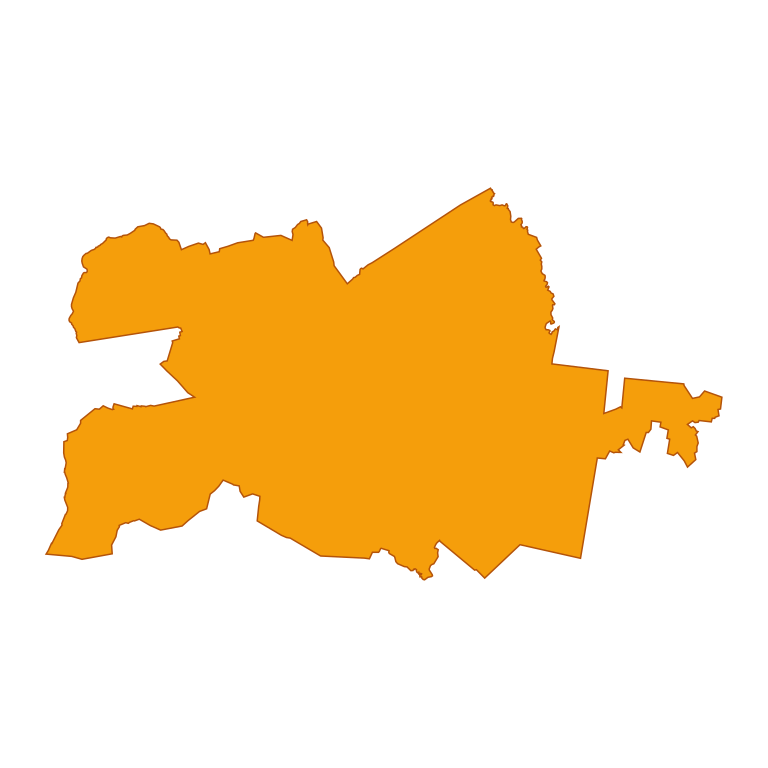 the district of Jaunalūksnes pag., Aluksne, Latvia
{"feature_id": "27541924B87199859913454", "entity_name": "Jaunalūksnes pag.", "entity_type": "district", "adm_level": 2, "iso_a3": "LVA", "parent_name": "Latvia", "parent_adm1": "Aluksne", "projection": "mercator", "projection_center": [27.197, 57.424], "detail": "fine", "context": "isolated", "style": "filled", "palette": "amber", "viewbox_px": 768, "rotation_deg": 0, "n_neighbors": 0, "source": "geoboundaries", "source_scale": "gbopen_adm2", "svg_char_len": 6043}
<svg xmlns="http://www.w3.org/2000/svg" viewBox="0 0 768 768"><path d="M721.9,397.2L704.6,391.0L699.5,396.9L692.5,398.4L684.1,385.6L683.8,383.9L624.7,378.2L621.8,407.9L620.5,406.8L615.7,409.2L603.8,413.5L608.1,370.8L551.9,363.9L552.5,358.2L554.1,351.8L559.0,326.7L557.8,327.5L557.7,329.9L555.6,328.9L555.1,329.2L554.1,330.8L552.1,332.0L551.9,333.1L551.0,334.4L549.2,333.2L549.1,332.5L549.9,331.3L549.9,330.5L548.3,329.8L546.1,329.7L545.2,328.0L545.1,327.2L546.0,324.2L546.8,323.2L550.1,321.0L550.7,321.4L550.7,323.8L551.4,324.0L553.8,323.0L554.3,322.3L554.3,321.5L552.3,319.7L552.7,318.0L551.0,314.7L550.9,312.2L552.2,310.3L552.9,308.6L552.5,305.4L552.7,304.8L554.4,304.7L554.9,303.8L551.9,299.7L551.9,298.7L553.9,296.3L553.1,293.9L551.1,293.0L550.2,291.4L547.7,290.1L549.0,286.9L548.2,286.2L547.2,287.0L546.0,287.2L545.6,286.3L547.2,284.1L547.5,282.7L546.6,281.7L544.1,281.0L544.0,280.4L544.9,279.0L545.2,277.0L545.0,275.4L542.2,273.6L540.9,271.0L541.8,269.0L541.8,266.4L541.3,264.0L541.8,261.9L540.3,260.1L541.5,258.3L536.2,249.2L538.8,247.0L540.8,245.9L537.4,240.1L536.6,237.4L528.3,234.3L527.5,231.7L527.7,230.1L527.0,229.5L527.5,227.3L527.1,226.8L526.1,226.7L524.4,228.3L523.5,228.5L522.6,227.1L521.5,226.9L521.5,225.6L520.9,224.8L522.2,222.9L522.2,221.1L521.5,220.0L521.7,218.6L521.4,218.3L518.3,218.4L514.3,222.0L513.1,222.5L511.3,222.0L510.5,219.6L510.8,216.3L510.1,211.6L508.5,209.5L508.3,208.6L507.3,208.4L507.8,205.9L506.7,203.8L506.2,203.9L505.2,205.7L504.3,205.8L502.1,204.9L499.8,205.6L496.0,204.9L494.4,205.6L493.1,204.8L493.2,202.8L492.7,202.1L490.6,201.5L490.3,200.9L491.6,199.2L491.1,199.0L492.0,198.1L491.7,197.2L493.4,196.4L493.3,195.8L493.8,195.7L494.0,194.2L494.5,193.7L493.6,193.1L493.4,192.2L492.7,191.8L492.2,189.9L491.6,190.0L490.5,188.2L460.4,205.0L394.5,248.4L372.2,262.7L368.1,264.8L363.0,268.9L361.7,268.2L360.9,268.5L360.1,269.4L359.6,274.4L357.3,275.4L355.2,277.3L353.6,277.6L352.7,279.0L347.3,283.8L334.1,265.7L333.7,262.0L329.2,247.6L322.8,240.1L323.1,237.8L321.5,228.1L316.6,221.5L308.1,224.1L307.8,224.7L307.6,223.9L307.7,221.8L306.6,219.8L300.8,221.5L299.3,223.5L297.6,224.5L295.3,227.5L292.6,229.2L292.2,231.5L293.0,234.6L292.1,240.4L280.9,235.4L263.5,237.3L255.6,232.9L255.1,233.5L254.0,238.4L253.2,240.3L237.6,242.8L227.9,246.3L219.7,248.7L219.3,251.7L210.1,253.9L209.1,249.5L205.4,242.7L203.1,244.4L198.4,243.1L188.8,246.4L181.4,249.7L178.9,242.3L177.0,240.2L171.1,239.9L169.5,238.9L168.7,237.3L167.3,235.9L166.7,234.0L165.8,233.3L164.0,230.6L162.9,229.5L160.9,229.1L160.3,227.5L159.3,226.7L153.4,223.9L149.2,223.3L144.5,225.6L137.8,226.8L135.1,229.3L134.8,230.3L130.2,233.4L127.2,235.0L123.2,235.4L122.0,236.1L121.7,236.9L120.4,236.5L115.2,238.1L110.3,237.8L108.8,237.1L107.4,237.6L106.4,238.6L106.2,239.9L102.5,243.5L100.5,244.6L100.3,245.2L98.2,246.2L97.6,247.1L95.9,247.4L95.6,248.3L94.2,249.4L91.3,250.4L87.3,253.3L86.1,253.4L84.0,255.2L82.8,256.6L82.1,258.6L81.8,261.0L82.2,263.2L83.5,266.9L86.8,269.0L87.2,269.9L87.2,271.5L86.5,272.5L84.1,272.6L83.4,273.1L81.9,275.6L81.5,277.9L80.4,278.6L80.0,280.9L78.0,283.1L75.8,292.3L73.4,297.8L71.5,304.4L71.5,306.6L72.1,308.7L73.5,311.2L72.3,313.7L70.8,315.5L69.2,318.4L69.0,320.1L69.6,321.7L71.6,323.1L71.7,324.2L73.1,325.8L73.5,327.3L74.8,328.6L75.8,331.4L76.6,332.2L76.2,333.3L76.8,335.4L76.4,337.7L79.1,342.6L177.8,327.0L179.2,327.9L180.7,328.1L182.1,331.5L179.8,332.2L180.4,335.6L178.8,336.1L179.4,338.8L172.2,341.0L172.7,342.7L167.2,360.9L163.8,361.4L160.2,364.1L167.1,371.2L177.5,380.9L187.8,392.7L194.6,397.2L154.1,406.1L150.6,405.4L145.7,406.7L145.1,406.3L141.2,405.9L141.0,406.7L137.0,405.6L136.9,406.4L133.2,406.2L132.4,408.9L114.1,403.8L113.0,407.1L113.0,408.5L113.6,409.2L112.3,409.6L107.9,408.1L103.2,405.8L99.3,409.2L95.0,408.7L80.6,420.4L80.6,423.3L76.7,429.8L67.4,433.8L67.7,437.5L67.3,440.5L63.9,441.7L63.7,452.9L64.4,457.1L65.6,460.0L66.2,462.8L65.1,468.8L64.7,468.7L64.4,471.9L64.6,471.8L65.3,474.5L66.7,477.8L68.3,483.1L67.9,483.3L67.8,486.9L67.5,488.0L65.4,493.2L65.8,493.4L65.1,495.1L64.8,497.3L64.3,497.3L64.8,500.0L67.7,507.4L67.6,510.7L66.0,514.2L65.4,514.4L61.8,523.6L62.0,525.2L58.8,529.8L51.9,543.5L51.5,543.3L48.3,550.5L46.1,554.1L71.8,556.4L82.0,559.3L112.2,553.8L111.6,545.0L115.9,536.8L117.2,530.3L119.4,526.7L119.2,525.4L125.7,522.7L128.3,523.3L129.6,522.3L133.7,520.7L134.5,520.9L139.3,519.2L150.4,525.6L160.6,530.1L182.1,526.0L188.2,520.5L199.6,511.4L206.6,508.8L210.2,494.1L214.5,490.7L218.8,486.2L223.1,480.1L232.9,484.3L233.4,484.9L239.2,485.9L240.1,491.3L243.8,497.1L252.6,493.9L259.9,496.3L259.7,499.9L258.7,506.4L257.2,520.9L281.4,535.3L286.5,537.5L290.2,538.1L320.6,556.0L364.2,558.1L369.4,558.8L372.4,552.3L378.5,552.3L379.3,551.5L380.6,548.6L381.2,548.3L389.0,550.7L388.8,552.4L389.3,553.5L394.3,556.4L394.8,557.4L395.9,561.7L397.6,563.7L404.3,566.6L407.0,566.9L410.9,570.7L413.0,570.5L413.6,569.3L414.3,569.5L414.8,568.8L415.2,568.8L416.5,569.7L416.3,570.7L417.0,572.3L418.2,573.1L418.6,572.2L418.9,572.2L418.7,573.5L418.9,574.1L420.4,573.4L421.6,573.8L421.3,574.7L419.7,574.7L420.0,576.9L421.6,576.8L421.9,578.2L423.2,579.5L424.6,579.8L428.0,577.3L431.5,576.6L432.5,575.8L432.2,574.6L429.3,570.0L429.2,569.0L430.5,565.6L431.9,564.5L433.8,563.8L438.1,556.7L437.6,552.8L438.2,549.7L436.1,548.3L434.8,548.4L434.4,547.5L435.7,544.6L436.9,542.8L439.6,540.4L439.9,541.2L474.6,570.1L476.4,569.7L484.7,578.1L520.0,544.7L580.5,558.3L597.3,458.0L605.4,458.8L609.7,451.0L613.8,452.8L615.3,452.3L620.9,452.4L618.3,449.8L624.2,445.1L623.3,444.7L624.9,440.4L627.9,439.2L633.2,447.9L639.9,452.0L646.2,432.5L648.4,432.5L650.9,429.2L651.5,420.9L660.9,422.2L660.1,426.9L668.3,429.9L666.9,438.3L669.7,439.2L667.4,453.4L673.5,455.4L677.5,452.5L684.2,460.8L687.5,467.1L695.8,459.6L694.5,453.1L696.9,451.6L696.9,446.6L698.2,443.0L696.7,436.2L695.4,435.0L698.0,431.6L696.3,431.0L695.1,428.5L693.3,426.7L691.2,427.8L687.4,424.4L692.5,420.9L695.0,422.6L698.2,422.2L699.1,420.5L711.3,421.9L712.2,418.3L714.7,418.4L715.1,417.3L719.0,415.8L718.0,409.5L720.5,409.0L721.9,397.2Z" fill="#f59e0b" stroke="#b45309" stroke-width="1.5"/></svg>